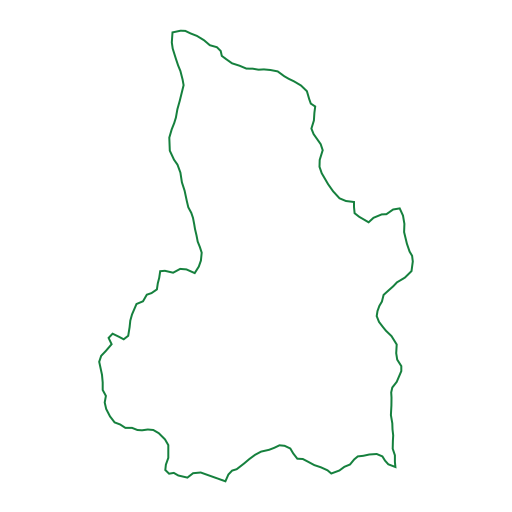 outline of Jales, São Paulo, Brazil
{"feature_id": "56859067B36023538882283", "entity_name": "Jales", "entity_type": "district", "adm_level": 2, "iso_a3": "BRA", "parent_name": "Brazil", "parent_adm1": "São Paulo", "projection": "orthographic", "projection_center": [-50.554, -20.265], "detail": "fine", "context": "isolated", "style": "outline", "palette": "green", "viewbox_px": 512, "rotation_deg": 0, "n_neighbors": 0, "source": "geoboundaries", "source_scale": "gbopen_adm2", "svg_char_len": 2578}
<svg xmlns="http://www.w3.org/2000/svg" viewBox="0 0 512 512"><path d="M225.4,481.3L228.4,474.5L232.1,470.6L236.7,469.2L244.2,463.4L249.4,459.0L255.1,454.8L261.1,451.6L269.1,449.8L274.3,447.8L279.5,445.3L284.6,445.8L290.3,448.5L293.2,453.4L297.3,458.7L302.8,459.0L307.8,461.6L314.3,465.1L320.9,467.3L327.5,470.3L331.3,473.5L339.4,470.5L344.4,466.8L350.0,464.5L354.2,459.4L357.8,456.4L363.3,455.8L369.3,454.5L376.7,454.0L382.4,456.4L385.0,460.6L388.3,464.3L395.4,467.0L394.9,461.9L394.9,455.3L392.7,448.7L392.9,440.6L393.2,435.4L392.5,429.3L392.3,423.3L390.9,415.1L391.4,405.6L391.5,397.7L391.2,392.4L392.3,387.5L396.7,381.9L399.4,375.6L401.3,371.1L401.3,366.1L397.2,359.6L396.2,353.2L396.7,344.5L391.5,336.1L385.9,330.7L382.9,327.0L379.0,321.9L376.7,316.1L377.5,311.0L379.4,305.8L381.9,301.6L383.6,294.9L388.8,290.2L393.2,286.3L397.0,282.3L404.9,277.6L411.5,271.1L412.8,261.5L412.1,255.8L409.6,251.6L406.9,243.7L404.1,232.1L404.4,223.9L403.0,215.6L399.7,208.4L393.1,209.5L386.4,214.2L381.7,214.4L373.5,217.8L368.6,222.3L359.2,216.8L354.6,213.2L354.0,207.0L354.0,202.0L345.9,201.0L339.5,198.3L333.1,191.3L328.1,184.2L321.7,173.2L319.5,166.8L319.7,159.9L322.7,150.2L320.7,144.2L313.6,134.1L311.4,128.6L313.9,120.5L314.4,112.8L315.2,106.5L310.8,103.6L309.2,99.1L306.9,91.2L301.0,85.5L293.9,81.3L288.7,78.8L284.2,76.2L277.7,71.4L270.4,70.0L263.9,69.4L258.5,69.7L252.8,68.7L246.4,68.6L239.5,65.7L232.0,63.3L225.8,58.9L221.8,55.9L220.7,51.0L216.9,47.2L209.8,45.2L204.1,40.3L196.9,35.9L190.5,33.4L185.3,30.9L180.6,30.7L172.5,32.4L171.8,42.5L172.7,48.6L175.9,58.8L178.1,65.4L180.4,71.0L182.6,79.6L183.6,85.2L179.7,101.0L177.4,109.2L175.9,117.6L174.2,123.1L171.7,129.4L169.3,137.6L169.8,150.7L174.0,159.7L177.5,164.7L180.4,172.6L181.9,182.3L184.6,190.7L186.8,201.0L188.3,207.3L191.3,212.9L193.0,217.9L194.2,224.2L195.0,229.0L196.5,235.4L197.7,241.6L199.9,247.1L201.7,252.7L200.9,260.6L198.8,266.6L194.7,273.1L186.4,269.4L180.2,268.9L173.1,272.7L164.9,270.8L160.2,271.2L159.2,277.9L157.8,283.3L156.9,289.4L151.5,293.1L146.8,294.7L143.0,301.3L136.5,304.0L132.0,314.5L130.3,320.6L129.6,327.2L128.2,335.8L123.7,339.3L119.0,336.8L112.6,333.7L108.6,337.9L111.6,344.2L105.7,351.1L101.2,355.8L99.2,361.8L102.0,374.8L102.7,382.5L102.7,390.0L105.9,395.9L104.7,402.5L106.2,409.0L110.0,416.4L114.6,422.4L120.2,424.5L125.4,427.9L132.1,427.9L137.4,430.0L142.0,430.3L147.8,429.5L153.3,430.0L158.8,433.2L165.0,439.4L168.3,445.1L168.3,457.9L165.9,464.6L165.3,470.0L169.1,473.7L173.8,472.9L178.3,475.5L187.4,477.6L193.1,473.2L200.7,472.5L225.4,481.3Z" fill="none" stroke="#15803d" stroke-width="2"/></svg>